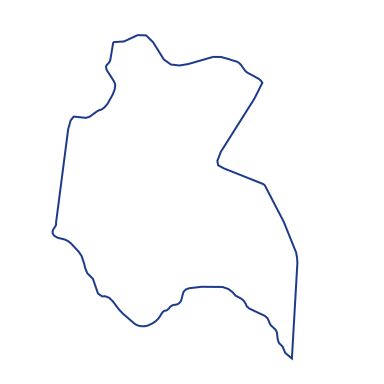 an SVG outline of Misiones, rotated 193°
{"feature_id": "PRY-609", "entity_name": "Misiones", "entity_type": "Department", "adm_level": 1, "iso_a3": "PRY", "parent_name": "Paraguay", "parent_adm1": "", "projection": "mercator", "projection_center": [-57.038, -26.955], "detail": "fine", "context": "isolated", "style": "outline", "palette": "blue", "viewbox_px": 384, "rotation_deg": 193, "n_neighbors": 0, "source": "natural_earth", "source_scale": "10m", "svg_char_len": 1813}
<svg xmlns="http://www.w3.org/2000/svg" viewBox="0 0 384 384"><g transform="rotate(193 192 192)"><path d="M194.2,330.1L185.2,329.7L183.3,329.4L177.9,329.2L175.3,328.4L173.2,327.1L167.1,321.8L164.8,320.7L164.7,320.7L154.3,317.8L152.1,317.2L149.7,315.8L148.0,314.2L148.1,313.9L152.3,296.7L172.9,237.8L174.3,228.0L172.5,223.9L165.9,222.1L124.1,215.7L122.4,214.7L95.9,183.6L76.9,156.4L74.8,151.4L73.4,146.8L57.2,52.2L65.0,56.2L68.8,61.6L70.4,62.7L73.0,64.2L74.4,66.0L75.6,68.4L77.2,73.0L78.0,74.8L79.6,76.6L85.4,80.0L86.9,81.7L88.4,83.9L90.1,86.0L93.2,87.7L109.9,91.3L113.0,93.0L114.5,95.1L116.9,97.5L120.1,99.2L126.2,100.8L129.9,103.5L134.9,105.7L141.0,106.3L161.3,101.8L173.1,97.6L176.1,95.6L177.7,93.1L178.0,90.2L178.0,86.2L178.4,82.8L179.7,80.5L181.6,78.9L185.0,77.6L186.6,76.2L187.5,75.2L187.9,74.0L188.7,72.7L189.9,71.1L192.3,69.9L193.5,68.5L194.3,66.6L195.0,64.3L196.3,61.1L198.4,57.8L201.1,55.0L204.7,52.1L206.1,51.4L207.8,50.6L210.2,50.0L212.6,49.7L214.8,49.8L216.8,50.2L218.4,50.8L232.1,58.0L237.0,61.3L244.6,67.7L248.9,70.3L253.2,70.9L255.9,70.1L258.8,71.1L260.8,72.0L269.0,85.1L275.7,89.3L277.0,91.0L279.1,94.1L280.9,97.8L285.1,104.7L288.9,108.3L298.7,114.9L302.1,116.4L305.4,117.1L312.7,117.2L316.6,118.4L318.6,120.6L319.0,122.8L318.5,125.0L317.5,127.7L317.2,129.0L317.1,129.6L317.6,131.8L326.8,225.6L326.3,234.5L324.2,238.9L312.5,240.3L310.9,241.0L308.7,242.3L302.8,249.1L300.8,250.9L298.6,252.1L296.3,254.8L294.2,258.8L291.1,269.4L290.4,275.0L290.9,279.2L292.3,281.4L293.9,283.3L301.9,291.0L303.1,292.5L303.9,294.5L303.9,295.9L303.1,297.5L302.4,298.6L301.5,300.6L301.3,302.1L302.4,320.3L302.5,320.3L292.1,323.4L280.3,332.6L271.9,334.3L271.8,334.2L263.5,329.1L249.3,314.8L241.3,311.5L241.2,311.5L232.8,312.4L224.5,315.8L201.8,328.4L194.2,330.1Z" fill="none" stroke="#1e3a8a" stroke-width="2"/></g></svg>